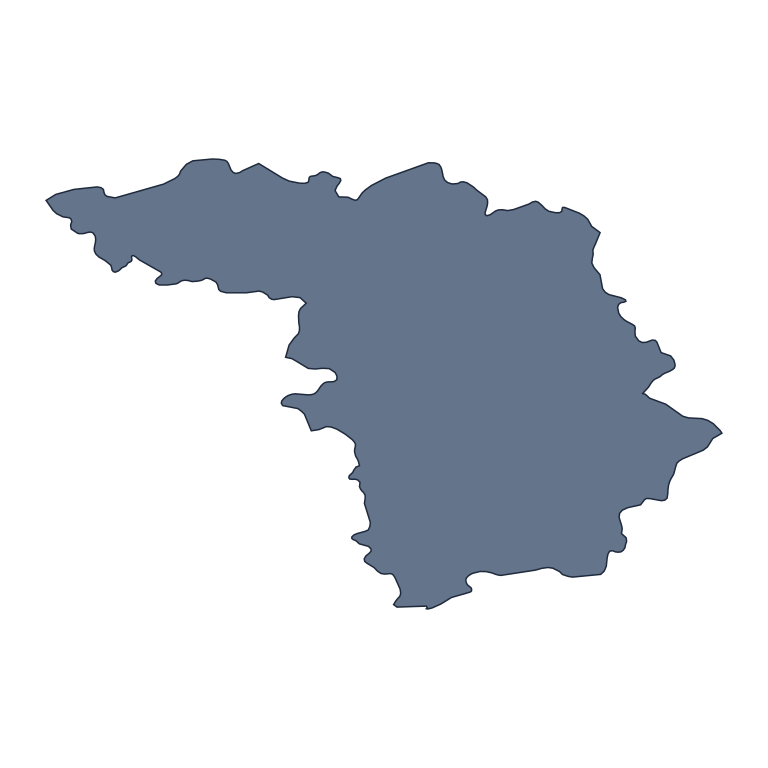 map outline of Kauno (Robinson projection)
{"feature_id": "LTU-1069", "entity_name": "Kauno", "entity_type": "County", "adm_level": 1, "iso_a3": "LTU", "parent_name": "Lithuania", "parent_adm1": "", "projection": "robinson", "projection_center": [23.769, 55.019], "detail": "fine", "context": "isolated", "style": "filled", "palette": "slate", "viewbox_px": 768, "rotation_deg": 0, "n_neighbors": 0, "source": "natural_earth", "source_scale": "10m", "svg_char_len": 5483}
<svg xmlns="http://www.w3.org/2000/svg" viewBox="0 0 768 768"><path d="M600.1,232.6L595.3,244.3L594.1,246.7L592.8,250.4L593.2,254.4L592.4,258.0L591.8,263.0L594.0,267.6L600.0,274.7L602.6,288.7L605.2,292.2L609.0,294.6L621.4,297.8L625.5,299.9L625.9,301.3L623.9,302.2L620.8,302.7L618.6,304.4L617.6,307.4L618.7,313.1L620.9,316.7L624.0,319.6L626.7,321.4L631.9,324.1L634.6,325.9L635.3,328.2L634.9,331.3L635.3,336.1L638.7,340.8L642.3,342.5L646.1,342.3L652.4,340.0L655.3,340.4L656.9,342.1L661.1,352.6L670.6,355.9L673.9,360.1L675.0,364.3L675.0,366.2L674.2,368.2L672.4,369.7L669.7,371.2L664.2,373.5L662.4,374.6L660.7,376.1L659.1,377.2L655.2,379.0L653.6,380.1L652.5,381.2L650.7,383.6L648.7,386.9L642.7,393.5L645.4,394.3L649.6,398.2L665.8,404.2L682.7,416.2L688.5,417.9L702.0,418.6L707.7,420.3L713.3,423.7L720.2,430.6L721.9,433.2L712.8,438.5L707.4,447.0L703.2,450.2L682.6,458.8L679.0,461.1L676.9,463.2L676.0,465.7L673.9,473.4L673.1,475.2L671.0,478.7L669.6,481.7L668.5,485.5L668.0,489.3L667.8,493.4L667.1,498.1L664.9,500.1L661.5,500.7L649.9,498.6L646.3,498.5L644.4,499.9L640.6,504.8L627.6,507.7L622.3,510.2L619.6,513.3L619.1,517.2L620.0,520.5L621.1,523.8L621.9,526.8L622.2,528.9L621.5,533.6L626.0,537.6L626.4,539.3L626.6,541.6L625.7,544.0L624.9,547.8L623.3,550.2L620.9,551.9L618.0,552.2L615.1,551.8L612.7,550.7L609.7,551.2L608.1,553.7L607.2,557.5L606.3,566.1L605.0,569.3L604.1,571.2L600.7,574.4L572.7,577.1L568.2,576.4L562.5,574.5L559.6,571.6L552.9,568.2L548.0,567.5L541.9,568.3L535.6,570.1L500.9,575.4L498.1,575.0L495.2,574.2L492.3,573.0L486.1,571.6L479.9,571.5L472.7,573.3L470.5,574.4L468.5,575.8L467.4,576.8L466.5,578.0L465.9,579.4L465.9,580.9L466.2,582.4L466.8,583.7L467.4,584.7L468.1,585.4L470.5,587.3L471.3,588.1L471.6,589.3L471.6,590.6L471.1,591.5L469.8,592.2L451.4,597.5L440.7,604.1L432.2,607.9L427.9,609.0L426.3,608.7L427.2,607.4L426.4,606.1L397.0,607.1L393.6,604.6L395.5,601.4L397.3,599.0L399.9,596.2L400.7,593.3L400.1,589.1L394.7,577.0L392.6,574.3L390.4,573.6L384.6,574.1L381.0,573.5L377.7,571.3L374.0,567.5L366.9,563.2L364.7,561.4L364.2,558.9L365.9,555.9L368.7,553.7L371.0,551.3L371.1,549.1L368.5,546.4L359.5,543.9L358.0,542.7L356.8,541.4L355.2,540.4L353.2,539.6L351.8,538.4L351.9,536.8L354.1,534.8L357.3,533.5L365.2,531.3L368.2,530.0L369.9,526.4L370.3,522.3L364.4,503.4L365.2,498.2L365.1,495.2L363.5,492.4L362.2,491.3L360.6,489.2L359.5,486.7L360.0,482.3L357.6,479.9L355.1,479.2L352.1,479.3L349.8,479.1L348.8,477.7L349.3,475.6L352.6,472.6L353.9,470.0L355.3,468.2L355.9,467.1L359.5,465.7L358.4,461.4L357.5,459.3L355.6,456.0L354.5,451.4L354.7,449.1L355.3,446.5L355.5,444.3L354.4,442.0L352.1,439.5L345.3,434.2L336.8,429.1L331.0,427.0L326.4,426.6L318.9,429.6L311.3,430.8L304.4,414.1L301.5,411.3L298.0,408.6L282.7,405.6L281.3,403.3L281.7,401.1L283.6,398.7L286.0,396.8L288.2,395.5L291.6,394.3L295.0,393.8L308.6,394.9L311.4,394.6L313.8,394.0L315.7,392.8L317.5,391.0L321.0,385.9L323.1,383.8L324.5,382.8L326.1,382.2L328.0,381.9L332.1,381.8L334.4,381.4L336.8,379.7L337.0,376.1L335.1,372.5L329.2,368.6L322.3,368.3L315.0,369.0L308.2,368.4L292.1,358.7L285.6,357.3L289.1,345.0L294.3,337.9L298.3,333.8L299.4,330.8L299.5,327.0L298.8,322.8L298.5,315.5L299.0,311.6L300.6,308.4L306.2,303.2L300.0,297.6L292.0,296.7L274.2,299.6L271.5,299.2L269.1,297.6L267.6,295.1L262.4,291.9L258.8,291.1L246.3,292.8L226.4,292.8L220.7,291.3L218.8,289.6L217.6,284.8L216.0,282.1L210.6,279.1L207.6,278.2L205.3,278.3L203.6,279.4L201.3,280.4L198.0,281.1L192.2,281.6L188.0,280.5L184.7,280.2L181.9,280.7L180.5,281.4L178.1,283.0L176.4,283.8L167.3,285.0L159.3,285.0L155.9,283.4L155.3,281.0L157.1,278.5L161.3,275.2L161.8,273.5L160.7,272.0L139.4,259.9L135.5,256.7L133.6,255.7L132.2,255.7L131.6,256.3L131.6,257.4L131.8,258.7L131.9,260.1L131.2,261.3L130.1,262.0L128.6,262.6L127.7,263.3L126.9,264.6L126.0,265.8L124.3,266.7L122.6,267.4L121.5,268.1L120.2,269.5L118.5,270.9L115.3,272.2L113.3,271.6L112.0,269.9L111.6,267.5L110.8,265.2L105.0,260.5L98.9,257.0L95.9,254.1L94.4,251.0L94.2,248.3L95.4,242.4L95.7,239.1L95.2,236.1L93.2,233.1L91.1,232.1L88.6,232.2L83.5,233.6L79.6,233.7L77.8,233.4L71.2,229.0L70.6,225.0L71.8,221.5L71.0,219.0L69.4,217.8L62.8,216.8L56.5,213.6L53.0,210.3L46.1,200.4L55.8,194.4L73.9,189.4L97.2,186.9L101.1,187.7L103.4,189.4L104.0,192.4L104.9,194.8L107.1,196.4L115.2,197.9L163.6,184.1L174.9,178.5L177.7,176.4L179.6,174.0L180.6,171.1L186.4,164.3L192.9,160.8L212.3,159.0L219.1,159.3L224.7,160.2L226.9,161.4L228.4,163.6L231.0,169.9L233.1,172.4L235.9,173.5L240.0,172.4L242.8,170.6L258.7,163.5L282.4,178.0L289.2,181.1L299.8,183.2L305.0,183.3L308.2,182.2L308.8,180.6L309.0,178.3L309.4,177.2L310.7,176.3L314.3,175.8L316.2,175.3L318.1,174.2L319.4,173.1L320.8,172.3L322.8,171.8L325.5,172.2L328.7,173.3L332.7,176.4L338.7,177.9L340.4,178.7L340.8,180.5L339.2,183.4L337.3,185.7L335.9,188.6L335.1,190.6L338.8,196.9L347.9,197.2L352.9,199.5L355.4,200.3L357.5,199.6L362.2,192.9L365.4,189.9L371.4,185.5L385.7,178.1L428.3,162.8L434.4,162.9L436.6,163.4L439.1,164.5L440.8,167.0L441.8,169.8L443.2,176.7L444.6,180.0L447.7,182.6L452.2,184.0L458.0,183.5L460.6,182.0L463.4,181.8L467.0,182.8L473.3,186.9L476.7,190.1L485.8,196.9L487.5,199.8L487.6,203.3L487.0,206.5L485.1,212.6L485.3,214.7L486.8,215.7L490.1,214.8L495.7,210.9L498.5,209.9L502.5,209.7L507.7,210.6L513.7,209.5L529.1,204.0L532.2,202.1L535.6,201.3L538.1,202.1L542.0,205.5L545.1,208.8L548.7,211.2L555.4,212.7L559.6,212.7L561.8,211.3L562.0,209.4L562.5,207.5L564.6,207.4L579.4,213.2L583.8,215.8L587.7,219.2L591.7,226.4L600.1,232.6Z" fill="#64748b" stroke="#1e293b" stroke-width="1.5"/></svg>